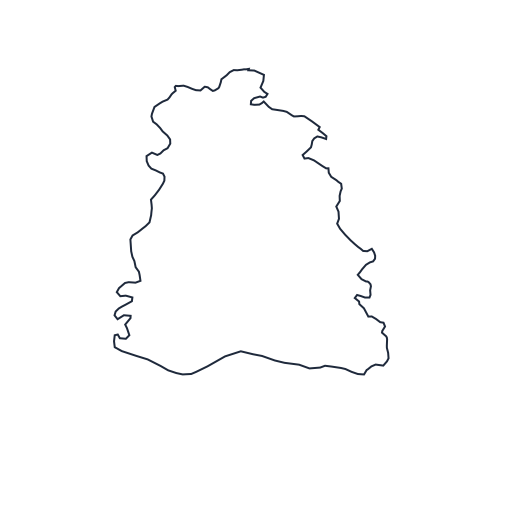 Agios Theodoros Larnakas, Larnaca, Cyprus (Equal Earth projection), rotated 34°
{"feature_id": "46923920B48762989005446", "entity_name": "Agios Theodoros Larnakas", "entity_type": "district", "adm_level": 2, "iso_a3": "CYP", "parent_name": "Cyprus", "parent_adm1": "Larnaca", "projection": "equal_earth", "projection_center": [33.405, 34.782], "detail": "fine", "context": "isolated", "style": "outline", "palette": "slate", "viewbox_px": 512, "rotation_deg": 34, "n_neighbors": 0, "source": "geoboundaries", "source_scale": "gbopen_adm2", "svg_char_len": 3223}
<svg xmlns="http://www.w3.org/2000/svg" viewBox="0 0 512 512"><g transform="rotate(34 256 256)"><path d="M145.4,104.9L143.3,106.9L141.7,107.9L140.3,109.3L136.6,112.5L133.6,114.3L131.4,118.3L130.6,122.6L128.5,128.8L129.7,131.8L131.0,136.5L131.0,137.9L130.7,138.6L129.2,141.8L127.9,143.3L124.5,143.3L121.7,143.1L118.9,144.3L118.7,144.8L117.4,149.8L113.5,152.1L109.8,153.1L104.7,154.1L100.7,155.3L96.6,158.6L94.4,159.8L94.2,161.4L97.0,163.9L95.9,167.6L95.6,169.2L95.6,172.9L95.2,175.8L92.3,180.2L90.9,183.2L88.5,189.2L90.2,196.2L91.3,198.8L95.6,202.2L100.0,202.4L105.0,203.5L108.9,204.9L115.1,205.7L119.6,207.4L122.1,210.8L122.4,216.1L120.3,220.0L119.4,224.5L117.7,227.4L111.9,228.5L109.4,234.4L112.4,238.5L116.4,241.1L120.4,242.1L125.0,241.1L129.6,240.5L132.8,239.7L135.8,241.4L137.9,244.8L138.4,248.1L138.6,255.1L138.6,255.3L138.2,262.2L137.4,268.0L140.7,271.8L143.0,274.7L144.6,277.8L146.3,280.9L148.9,287.7L147.8,293.0L146.5,296.9L145.9,298.9L144.7,302.6L142.2,308.0L142.6,312.5L146.8,317.9L149.9,321.9L154.0,325.8L158.0,328.2L162.5,332.6L167.7,334.5L170.2,336.9L174.1,341.2L171.0,345.5L165.1,348.9L162.5,351.6L160.4,359.2L160.8,363.8L166.0,365.2L170.2,361.7L176.7,359.5L178.4,362.9L175.0,369.5L173.2,372.8L171.6,376.2L170.7,380.5L171.9,384.3L176.6,385.8L179.6,379.0L185.5,375.7L186.7,377.7L185.9,386.0L189.4,388.0L195.3,392.5L194.4,397.4L189.1,400.3L185.3,398.4L183.2,400.7L186.0,406.1L189.9,410.6L191.0,410.5L197.9,409.9L212.8,405.7L224.0,402.3L238.5,400.5L247.1,399.9L255.4,397.6L261.4,395.2L268.3,390.0L271.2,385.5L277.5,374.6L286.5,356.5L296.7,343.5L308.5,339.1L316.9,335.5L330.0,332.1L339.4,328.6L352.5,322.0L363.2,319.3L371.6,312.6L374.6,308.4L380.5,305.4L389.1,301.3L393.3,299.7L400.0,298.6L406.4,296.9L409.4,295.2L411.8,293.8L411.5,288.6L412.0,287.6L413.4,283.0L415.9,279.1L422.8,275.7L423.5,270.1L423.1,266.7L419.7,262.4L415.9,259.0L414.7,257.3L411.3,251.8L410.0,250.4L408.8,249.8L403.3,249.1L402.6,247.5L402.4,242.3L399.0,240.0L396.0,241.4L390.7,241.1L385.8,241.4L383.0,243.4L374.7,239.0L368.6,238.1L366.9,236.1L361.4,235.6L361.6,231.8L365.2,230.6L369.5,229.5L373.3,227.0L372.7,224.2L369.8,220.6L368.2,216.8L366.7,215.4L364.0,214.7L362.8,214.8L361.4,215.6L356.4,216.2L350.9,214.7L351.3,211.0L351.4,207.6L352.1,201.8L354.0,197.6L356.1,195.0L356.2,191.7L354.7,189.2L351.9,187.0L348.0,185.3L345.6,189.8L342.0,191.9L338.8,191.5L335.6,191.4L331.1,190.9L325.6,190.1L318.0,188.5L310.5,186.4L305.2,183.8L304.0,178.8L299.6,173.1L294.9,170.1L294.7,163.5L291.7,159.4L290.0,155.1L289.4,152.1L286.2,148.5L282.6,148.5L280.4,148.2L274.1,148.3L269.8,146.3L267.0,142.8L265.2,144.1L260.8,144.3L257.9,144.3L250.6,144.3L244.7,145.5L241.7,148.1L238.2,146.2L239.5,141.3L240.8,135.2L239.9,132.5L238.4,129.2L238.5,125.9L240.0,122.6L243.8,121.1L248.7,119.8L247.4,117.3L242.7,116.8L237.1,116.5L236.7,113.5L227.2,113.1L222.0,113.1L218.0,113.1L215.2,114.6L212.0,117.2L209.4,119.1L207.3,119.3L200.9,119.3L197.4,120.5L190.2,123.9L187.3,125.3L183.1,125.2L176.0,123.6L175.4,125.9L174.1,128.6L170.1,131.6L166.9,133.1L165.2,130.1L166.2,126.2L170.2,121.5L173.2,120.8L175.0,118.6L174.9,115.2L171.1,115.3L165.6,113.9L164.2,106.8L161.3,101.4L155.0,102.5L150.9,103.2L145.8,106.3L145.4,104.9Z" fill="none" stroke="#1e293b" stroke-width="2"/></g></svg>